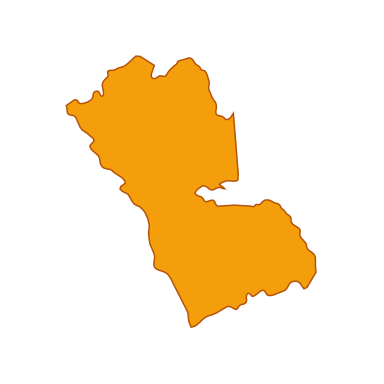 outline of Alto Paraná, rotated 140°
{"feature_id": "PRY-616", "entity_name": "Alto Paraná", "entity_type": "Department", "adm_level": 1, "iso_a3": "PRY", "parent_name": "Paraguay", "parent_adm1": "", "projection": "orthographic", "projection_center": [-55.001, -25.353], "detail": "fine", "context": "isolated", "style": "filled", "palette": "amber", "viewbox_px": 384, "rotation_deg": 140, "n_neighbors": 0, "source": "natural_earth", "source_scale": "10m", "svg_char_len": 4514}
<svg xmlns="http://www.w3.org/2000/svg" viewBox="0 0 384 384"><g transform="rotate(140 192 192)"><path d="M242.8,228.9L242.5,231.8L244.9,237.1L245.3,240.5L243.0,242.0L237.7,241.6L236.4,243.2L236.3,247.6L239.0,256.3L239.4,259.6L240.2,261.8L243.5,266.0L244.5,268.0L244.3,271.7L242.8,274.6L241.2,277.2L240.4,280.0L241.6,287.4L241.7,290.5L240.4,293.0L239.1,293.5L235.5,293.7L234.2,294.3L233.3,296.0L233.4,297.7L233.9,299.4L234.6,304.5L236.2,309.8L236.1,313.5L233.0,324.1L233.6,326.7L236.3,329.9L236.8,332.1L235.8,333.9L234.1,336.4L232.9,338.6L232.8,339.0L232.7,339.0L232.4,339.0L224.0,338.3L222.3,337.9L221.4,336.9L221.1,335.8L221.1,334.7L221.3,333.6L221.3,332.8L221.1,332.1L220.8,331.6L220.2,331.0L219.4,330.4L216.6,329.0L214.4,328.1L211.6,327.6L209.3,327.6L208.1,327.9L206.8,328.6L204.8,330.4L203.9,330.9L203.1,331.3L202.0,331.3L200.8,330.9L199.4,329.8L199.1,328.9L199.2,327.8L199.8,325.4L199.9,324.6L199.8,323.8L199.6,323.3L199.1,323.1L198.4,323.1L197.5,323.5L196.8,324.0L196.0,325.0L194.9,326.6L192.6,330.8L192.0,331.6L191.0,332.5L190.0,333.2L189.0,333.6L187.0,334.1L182.1,334.5L181.1,335.6L180.5,336.4L180.1,337.5L179.8,337.9L179.5,338.2L178.9,338.6L178.0,338.5L176.8,338.0L174.5,336.2L172.9,335.3L168.1,334.1L164.4,332.4L162.9,332.0L161.7,331.8L158.7,331.7L147.7,332.2L144.6,329.3L139.5,313.2L147.3,308.5L148.5,307.3L149.2,305.8L149.1,304.4L148.2,303.2L147.2,302.6L146.1,302.3L143.3,302.1L142.1,301.7L141.1,300.9L140.3,300.0L139.8,299.3L139.2,298.6L138.3,298.0L137.4,297.8L132.7,299.3L130.0,299.8L125.8,300.1L122.2,299.9L120.9,300.1L119.0,301.1L117.8,300.9L116.7,300.5L114.7,299.4L108.5,296.9L107.8,296.4L106.9,295.1L106.4,293.3L106.9,288.7L106.9,287.2L105.9,283.8L105.8,282.2L106.3,280.4L105.9,278.7L105.1,277.7L104.3,276.4L104.4,274.6L105.3,271.6L108.2,265.0L108.7,264.4L111.8,261.7L112.7,260.5L113.4,259.0L115.7,251.6L116.2,249.4L116.4,245.6L117.3,243.4L118.4,241.6L122.2,238.2L123.1,236.8L123.4,235.7L123.2,234.5L122.5,233.4L120.5,230.8L119.9,229.3L119.7,227.9L119.6,226.6L119.3,225.6L118.5,224.8L116.4,224.3L115.1,224.1L109.7,225.7L144.5,176.8L148.9,171.8L150.6,171.8L153.4,173.8L157.2,177.6L158.8,178.5L162.4,179.8L164.3,180.3L166.0,180.2L165.8,178.6L165.0,175.3L164.9,173.5L165.9,174.6L167.3,176.9L168.2,178.0L169.4,178.8L170.6,179.2L173.2,179.7L175.3,180.6L176.5,182.1L177.0,183.9L177.3,186.2L179.3,189.8L183.2,190.3L187.1,190.4L190.5,189.4L190.5,187.3L190.3,186.4L190.1,185.6L189.7,184.9L188.7,183.5L188.3,182.8L188.0,182.0L187.8,181.1L187.8,180.1L188.2,177.1L188.0,176.2L187.6,175.6L186.9,175.1L182.9,173.5L182.1,173.0L181.6,172.6L181.1,171.9L180.8,171.2L180.8,170.4L181.7,167.2L181.8,166.2L181.7,165.2L181.3,164.5L180.7,164.0L168.1,154.8L156.0,143.3L155.1,142.0L154.6,141.4L153.9,141.1L153.1,141.1L152.2,141.3L151.4,141.3L150.6,141.0L150.1,140.5L149.5,139.8L148.9,139.3L148.2,138.9L147.3,138.8L144.6,139.2L143.6,139.2L142.6,139.1L141.6,138.9L140.8,138.6L140.1,138.1L139.5,137.6L138.4,136.4L137.9,135.8L137.5,135.1L136.8,133.4L136.3,131.9L135.6,130.4L133.7,127.8L133.3,126.7L133.2,125.1L133.8,123.1L133.9,121.8L133.8,120.7L133.5,119.9L133.3,118.9L133.3,117.8L133.5,115.2L133.5,114.2L133.3,113.3L133.0,112.5L132.7,111.5L132.6,110.3L132.8,108.6L133.8,107.5L135.3,105.0L135.5,103.5L135.5,102.1L134.1,98.1L133.4,95.0L133.8,93.2L134.4,92.2L135.5,91.4L136.6,90.4L137.6,88.5L137.9,86.5L137.7,79.7L138.3,78.1L139.9,75.2L140.1,73.8L139.9,72.1L138.9,68.4L138.7,65.9L138.9,64.3L139.4,63.0L140.1,61.8L144.7,56.4L148.6,50.8L165.3,45.0L168.5,45.9L167.9,52.0L168.1,53.8L168.8,55.8L171.0,58.0L173.2,58.9L175.2,59.3L177.0,58.9L180.6,57.4L182.8,57.0L184.1,56.9L195.7,60.7L198.6,62.3L200.3,64.1L200.6,65.6L200.5,66.8L200.3,67.7L200.0,68.6L199.9,69.4L200.2,70.3L201.2,71.4L202.4,71.8L203.7,72.0L209.2,72.2L211.3,72.5L212.5,73.1L213.1,73.6L213.1,74.3L213.0,75.3L213.0,76.8L213.8,78.0L214.5,78.4L215.4,78.3L216.2,78.0L217.0,77.5L217.8,76.7L218.5,75.9L219.4,74.3L220.2,73.6L221.3,72.8L223.1,72.6L224.4,73.0L226.1,73.8L227.2,74.3L228.5,74.5L229.5,74.3L231.7,73.6L233.0,73.5L233.7,73.7L234.3,74.4L235.9,78.6L236.8,80.0L237.8,81.2L239.3,81.8L250.8,83.6L255.1,84.9L259.3,86.7L262.9,87.5L266.6,87.5L270.2,87.2L274.0,87.2L276.2,87.5L279.6,89.0L277.7,94.8L273.4,101.2L272.2,103.9L265.2,134.0L263.8,139.7L263.5,142.8L263.6,145.6L264.8,148.8L268.6,155.2L269.1,158.3L267.7,161.3L262.6,165.9L260.8,168.9L257.4,179.7L253.7,185.6L250.9,189.3L246.6,193.2L243.2,199.4L241.4,205.3L241.1,207.1L241.0,210.7L241.6,214.4L243.1,217.4L244.1,220.5L243.7,224.5L242.8,228.5L242.8,228.9Z" fill="#f59e0b" stroke="#b45309" stroke-width="1.5"/></g></svg>